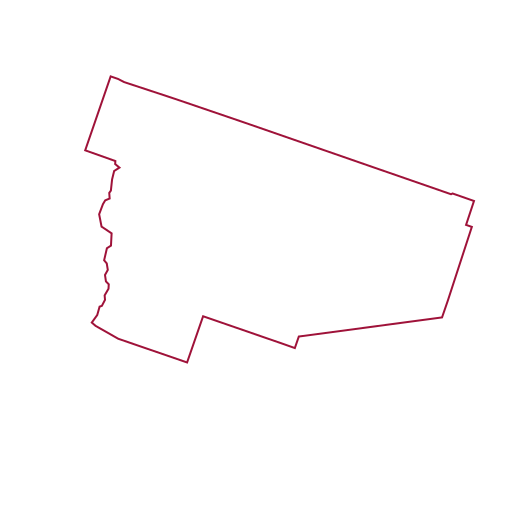 outline of Sierra, New Mexico, United States of America, rotated 19°
{"feature_id": "52423323B62367348264258", "entity_name": "Sierra", "entity_type": "district", "adm_level": 2, "iso_a3": "USA", "parent_name": "United States of America", "parent_adm1": "New Mexico", "projection": "mercator", "projection_center": [-107.514, 33.043], "detail": "fine", "context": "isolated", "style": "outline", "palette": "rose", "viewbox_px": 512, "rotation_deg": 19, "n_neighbors": 0, "source": "geoboundaries", "source_scale": "gbopen_adm2", "svg_char_len": 749}
<svg xmlns="http://www.w3.org/2000/svg" viewBox="0 0 512 512"><g transform="rotate(19 256 256)"><path d="M60.1,211.7L92.1,212.0L92.9,214.9L98.1,216.9L94.2,221.8L95.0,230.5L97.5,241.4L96.7,244.1L98.9,249.3L95.3,252.5L94.4,256.8L94.1,267.6L100.4,278.5L112.1,281.6L115.5,293.4L112.5,297.2L113.8,309.5L117.3,311.6L120.4,317.4L119.4,323.1L122.4,328.9L126.0,330.7L127.2,335.0L125.7,342.5L127.5,346.6L126.5,353.3L124.6,354.8L125.1,363.5L122.4,372.4L127.1,374.3L152.7,379.1L225.5,379.1L225.6,330.2L235.0,330.2L310.9,330.3L322.7,330.4L322.7,318.2L451.9,253.5L451.9,235.7L450.6,158.2L444.5,158.2L444.2,133.0L421.5,132.9L420.3,134.1L201.2,133.6L128.1,133.8L74.7,134.5L67.9,133.5L60.1,133.5L60.1,211.7Z" fill="none" stroke="#9f1239" stroke-width="2"/></g></svg>